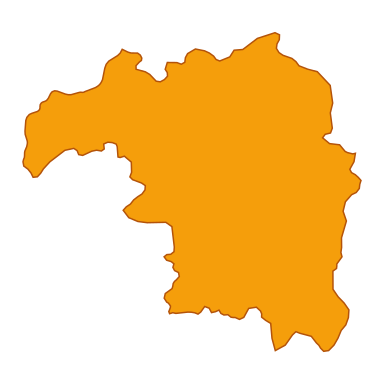 the border of Kaduna
{"feature_id": "NGA-2864", "entity_name": "Kaduna", "entity_type": "State", "adm_level": 1, "iso_a3": "NGA", "parent_name": "Nigeria", "parent_adm1": "", "projection": "albers", "projection_center": [7.395, 10.247], "detail": "fine", "context": "isolated", "style": "filled", "palette": "amber", "viewbox_px": 384, "rotation_deg": 0, "n_neighbors": 0, "source": "natural_earth", "source_scale": "10m", "svg_char_len": 2946}
<svg xmlns="http://www.w3.org/2000/svg" viewBox="0 0 384 384"><path d="M355.4,153.3L354.0,161.7L349.8,169.3L351.5,172.6L355.3,174.7L358.3,177.4L361.0,180.5L359.8,184.2L359.3,188.5L356.2,192.5L351.6,194.7L345.4,201.8L343.1,211.3L346.4,221.0L341.5,237.8L341.6,247.5L340.9,252.5L342.0,256.8L336.8,264.0L336.8,266.1L336.5,268.5L332.9,271.1L333.0,289.3L338.1,296.8L344.1,303.0L348.9,309.9L348.4,317.6L345.8,324.9L341.2,330.4L338.0,338.1L334.0,345.1L328.6,350.6L323.7,351.3L320.6,348.2L318.9,345.3L316.4,342.9L311.3,336.3L300.0,333.3L295.9,331.7L292.5,334.9L285.3,345.1L275.3,350.6L272.0,338.3L270.7,323.4L265.7,320.4L261.6,317.1L261.7,313.9L260.5,311.0L256.4,307.2L248.7,308.4L243.8,317.4L239.5,319.4L235.2,317.5L233.1,317.5L231.0,317.2L227.9,314.7L223.9,315.0L220.9,313.4L219.0,310.1L215.5,311.7L211.5,312.6L209.2,308.2L204.7,306.5L200.7,312.1L198.0,314.1L194.8,312.8L191.3,312.2L187.8,312.1L175.8,313.4L172.8,312.7L169.6,313.7L168.8,311.6L170.3,307.8L170.5,306.0L168.4,303.1L166.7,302.1L164.2,298.2L165.3,293.5L172.1,288.6L172.8,286.1L173.2,283.5L174.5,281.4L176.4,279.8L179.3,276.5L178.5,272.5L174.6,270.6L172.9,267.4L173.9,263.8L171.2,261.6L166.6,260.2L164.1,256.8L166.8,254.6L170.7,254.3L174.0,251.7L174.3,247.0L171.9,226.6L165.8,222.3L147.2,222.7L137.9,221.5L128.8,217.7L123.2,210.3L126.3,206.8L130.4,204.1L133.7,199.9L137.8,196.7L142.0,194.0L145.0,189.9L145.3,185.6L141.5,183.0L132.6,179.7L129.9,176.9L131.6,172.3L131.3,162.1L124.4,156.2L120.1,157.5L118.0,157.0L117.2,146.6L116.2,144.1L112.3,142.6L107.8,142.2L103.7,144.0L104.2,149.0L101.4,151.0L96.6,150.2L91.8,151.2L82.7,155.4L78.7,154.6L77.1,150.6L73.8,148.4L64.9,150.3L49.9,161.8L43.4,168.9L40.7,173.2L37.4,176.8L33.1,177.3L31.0,173.0L27.9,169.1L23.8,166.1L23.0,161.8L23.6,159.3L24.3,157.7L24.5,156.1L24.6,152.6L24.9,151.0L26.7,146.7L27.3,143.9L27.4,142.3L27.2,140.8L25.2,134.4L25.0,131.1L25.8,120.5L26.9,117.3L29.3,114.5L31.9,113.3L37.6,111.4L39.5,109.7L40.0,108.0L40.0,106.4L40.2,104.7L41.2,103.1L42.4,102.2L45.5,101.1L46.7,100.3L48.3,98.3L50.6,93.6L52.1,91.8L54.6,90.8L57.2,91.1L65.4,94.1L68.2,94.7L71.0,94.7L79.3,92.4L80.6,92.2L82.7,92.4L83.8,92.2L84.9,91.6L95.4,87.6L97.7,86.2L99.6,84.6L101.2,82.4L102.5,79.7L104.8,68.2L106.2,64.3L108.8,61.1L117.6,55.6L120.2,53.1L122.2,49.3L127.9,52.1L131.0,53.0L137.6,53.1L140.3,55.1L141.8,58.1L141.4,60.5L139.4,62.0L136.0,65.7L136.1,69.3L145.3,71.8L149.7,74.4L156.2,81.2L160.3,81.8L164.4,79.6L167.5,76.2L167.3,72.6L165.2,69.3L167.3,62.5L176.9,62.6L181.3,64.2L184.8,62.3L185.4,57.7L187.6,53.6L195.4,49.0L204.5,50.8L209.3,53.0L213.6,56.1L216.1,59.5L219.7,61.0L229.8,56.9L234.1,50.2L242.8,49.5L257.4,38.4L275.0,32.7L279.5,34.8L279.3,39.7L277.0,43.9L276.4,48.4L279.0,52.6L283.0,55.3L291.9,58.4L295.9,61.6L299.0,65.8L307.7,69.2L317.3,71.7L330.2,85.4L332.7,103.1L330.3,112.9L332.3,128.2L330.5,133.0L325.2,134.3L322.6,137.8L329.5,143.6L339.6,144.8L345.1,151.4L347.5,152.6L352.8,153.9L355.4,153.3Z" fill="#f59e0b" stroke="#b45309" stroke-width="1.5"/></svg>